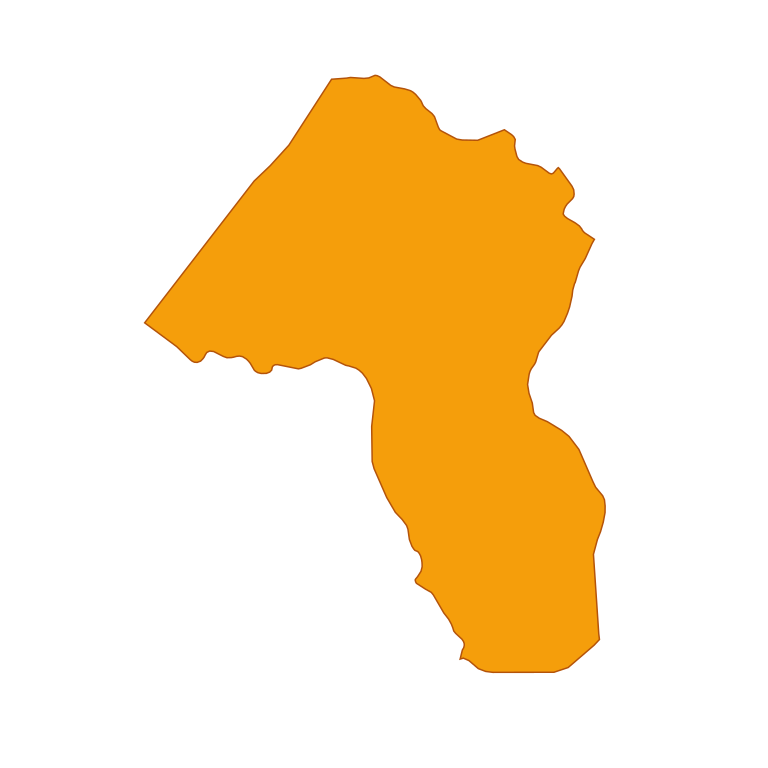 SVG path tracing the border of Pouthisat, rotated 262°
{"feature_id": "KHM-1780", "entity_name": "Pouthisat", "entity_type": "Province", "adm_level": 1, "iso_a3": "KHM", "parent_name": "Cambodia", "parent_adm1": "", "projection": "orthographic", "projection_center": [103.597, 12.527], "detail": "fine", "context": "isolated", "style": "filled", "palette": "amber", "viewbox_px": 768, "rotation_deg": 262, "n_neighbors": 0, "source": "natural_earth", "source_scale": "10m", "svg_char_len": 2816}
<svg xmlns="http://www.w3.org/2000/svg" viewBox="0 0 768 768"><g transform="rotate(262 384 384)"><path d="M101.0,561.8L96.1,555.7L77.6,526.9L74.9,512.2L83.3,451.7L85.2,444.7L89.0,437.8L98.3,429.6L101.5,424.4L101.0,421.1L109.7,424.6L111.2,425.8L111.7,426.2L112.6,426.6L114.0,427.1L115.7,427.3L117.9,426.9L120.4,425.7L127.0,420.3L129.7,418.7L133.0,418.2L136.8,417.3L142.1,415.3L148.9,411.4L168.3,403.5L171.1,401.8L175.1,396.5L182.1,388.4L183.6,387.8L185.6,387.6L186.4,388.1L188.5,390.4L193.4,394.6L197.6,396.3L199.8,396.6L202.2,396.8L205.0,396.8L208.7,396.3L211.2,395.4L212.9,394.5L213.7,393.6L215.0,391.4L216.6,390.4L219.4,389.1L226.4,387.5L236.8,387.5L240.7,386.7L247.2,383.2L255.3,377.4L271.2,370.9L301.5,362.4L308.9,361.5L343.7,365.9L368.7,372.3L381.3,370.9L391.9,367.4L397.8,364.1L401.2,361.2L403.6,358.4L407.0,351.2L407.2,350.4L407.9,348.6L415.4,337.2L417.8,331.4L418.0,329.8L418.0,328.4L415.6,319.0L413.3,313.8L411.1,304.2L410.9,301.4L418.0,281.2L418.1,279.8L418.2,279.2L418.0,278.0L417.5,277.1L417.0,276.3L416.2,275.7L413.4,274.7L411.7,272.5L410.9,269.0L411.5,263.9L412.8,260.6L414.5,258.5L415.7,257.5L423.0,254.5L425.4,253.1L427.8,251.3L430.8,247.7L431.8,244.7L431.9,241.8L431.5,238.8L431.4,236.5L431.9,232.1L433.7,228.7L439.9,219.8L440.9,215.9L439.9,212.9L437.8,211.1L435.5,209.5L434.1,208.1L432.2,205.6L431.4,202.0L432.0,199.2L433.4,197.1L435.1,195.5L449.8,184.0L477.9,155.5L603.1,283.7L616.0,301.7L633.7,323.0L693.1,374.5L692.1,389.6L692.2,393.5L689.4,406.7L689.2,411.5L690.9,418.1L690.3,420.1L688.7,422.6L678.8,432.2L676.7,435.5L673.4,445.4L671.3,450.0L670.6,451.3L668.9,453.4L666.3,455.7L659.7,459.8L657.8,460.5L656.5,460.8L654.0,461.6L650.9,463.7L645.2,469.1L643.3,470.3L641.7,471.2L630.9,473.5L628.6,474.3L627.7,474.8L626.6,476.0L616.4,490.1L614.7,495.5L612.3,510.7L619.0,538.6L613.1,545.1L611.0,546.8L607.9,548.0L601.6,546.4L598.6,546.4L590.8,547.3L587.6,548.6L584.5,552.1L582.8,555.2L578.9,566.6L576.8,569.8L569.8,576.9L568.7,579.0L569.2,581.0L573.4,585.7L574.0,586.7L572.8,587.7L553.7,597.7L549.9,598.9L545.6,598.7L543.2,598.0L541.3,596.5L536.7,590.4L534.6,588.5L532.1,586.8L529.5,585.8L527.4,585.1L525.0,586.2L522.3,588.8L516.8,595.9L513.3,599.5L510.0,601.4L508.6,601.8L506.7,603.0L505.5,604.0L498.0,612.5L494.1,609.5L480.3,600.8L472.4,594.4L469.0,592.4L458.0,587.5L456.8,586.6L450.8,584.0L444.7,582.4L434.4,578.5L428.6,575.6L420.8,570.9L417.7,568.3L415.0,565.3L409.0,556.6L394.5,541.9L393.5,541.3L384.7,537.3L382.6,535.8L378.6,532.0L376.1,530.3L373.5,529.1L363.5,526.1L354.6,526.3L344.5,528.2L334.9,528.2L331.9,529.3L328.5,533.0L323.9,540.6L313.4,553.4L306.4,559.9L292.1,567.9L258.2,577.3L252.3,579.2L242.9,585.0L238.7,586.2L232.5,586.0L225.9,585.0L216.7,581.9L207.7,577.9L200.3,573.7L186.2,567.7L106.7,561.9L101.1,561.8L101.0,561.8Z" fill="#f59e0b" stroke="#b45309" stroke-width="1.5"/></g></svg>